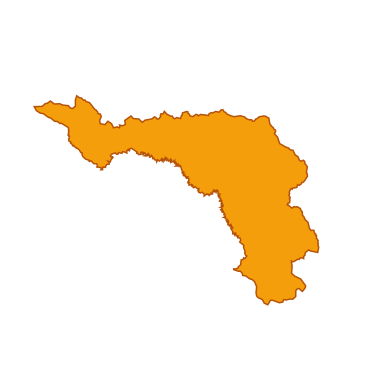 the district of Moyobamba, San Martín, Peru, rotated 339°
{"feature_id": "86281439B55224927366475", "entity_name": "Moyobamba", "entity_type": "district", "adm_level": 2, "iso_a3": "PER", "parent_name": "Peru", "parent_adm1": "San Martín", "projection": "natural_earth1", "projection_center": [-77.231, -5.91], "detail": "fine", "context": "isolated", "style": "filled", "palette": "amber", "viewbox_px": 384, "rotation_deg": 339, "n_neighbors": 0, "source": "geoboundaries", "source_scale": "gbopen_adm2", "svg_char_len": 6088}
<svg xmlns="http://www.w3.org/2000/svg" viewBox="0 0 384 384"><g transform="rotate(339 192 192)"><path d="M273.9,147.6L273.5,145.8L271.5,145.2L269.0,143.0L268.2,141.0L264.6,138.2L258.3,136.8L255.6,134.8L252.3,131.4L252.0,129.8L250.7,128.6L250.3,126.2L248.5,125.8L246.0,127.2L242.9,125.3L239.5,125.6L238.6,124.8L236.2,125.0L234.8,126.4L227.8,122.7L225.2,123.2L224.8,121.9L223.6,121.0L219.6,121.9L217.3,120.0L217.5,118.5L216.5,117.3L216.9,115.7L216.0,115.0L211.5,114.7L210.4,116.7L209.6,116.8L207.6,119.3L204.5,117.1L202.1,117.4L201.1,116.3L200.8,114.1L199.6,113.8L196.5,110.5L195.1,106.8L193.0,108.7L191.0,107.9L190.0,108.9L189.9,110.2L187.2,111.8L185.6,111.5L184.9,109.3L183.9,108.4L180.8,109.4L173.9,108.1L170.6,109.2L168.5,104.8L164.1,102.7L163.2,101.7L162.4,99.2L154.9,101.1L154.1,104.7L153.4,105.3L150.8,105.2L148.4,103.5L148.2,105.1L147.1,106.0L145.6,104.4L141.7,103.9L141.4,99.5L138.9,95.8L134.8,97.9L130.8,95.3L131.4,92.2L134.4,88.9L134.3,86.3L132.4,85.2L132.6,83.6L131.7,80.8L130.9,80.1L128.3,71.7L125.6,69.7L125.1,67.8L123.8,67.6L122.3,64.5L120.7,63.7L118.9,60.9L116.1,64.3L113.9,70.1L110.4,71.3L108.5,69.9L107.5,67.1L102.6,64.6L100.0,62.1L95.1,60.6L92.4,56.3L88.8,57.3L86.7,56.9L82.8,58.4L75.3,55.8L75.9,60.3L78.4,63.8L81.3,65.6L84.8,71.0L86.3,71.9L89.1,76.7L91.6,78.0L93.3,80.8L94.6,80.9L99.4,87.2L99.6,88.4L98.6,90.6L99.0,91.2L97.4,93.1L97.6,94.6L96.7,94.6L97.3,96.7L95.8,98.5L95.4,100.5L96.8,102.0L96.2,102.9L97.4,105.0L97.1,106.0L98.4,106.4L98.3,107.4L99.6,108.7L99.7,109.8L100.6,110.1L101.9,112.4L102.3,115.3L103.5,116.2L102.8,117.5L102.8,119.6L104.4,123.1L107.3,125.6L106.9,126.1L107.3,126.8L109.0,126.8L110.4,130.3L113.2,131.5L113.3,132.7L112.2,134.7L114.2,135.5L115.8,137.1L116.0,137.7L114.9,138.6L116.6,139.1L117.4,136.9L119.6,137.6L120.3,138.5L120.0,137.5L122.4,135.7L124.7,136.3L125.2,134.7L124.7,133.2L126.6,134.6L127.8,132.9L130.6,131.4L130.4,130.6L129.3,130.4L128.8,129.1L130.4,127.9L134.2,127.9L135.1,129.7L136.5,130.1L137.5,128.8L140.4,130.8L141.5,129.5L143.6,130.6L145.1,132.3L146.0,130.1L146.8,129.7L148.4,131.1L148.9,130.5L148.4,129.4L151.1,129.4L155.0,134.9L154.2,136.0L155.4,136.7L155.5,137.9L158.0,138.6L158.4,136.7L160.2,137.1L159.6,139.4L160.3,139.5L161.1,138.1L161.7,138.2L162.6,141.1L160.8,141.2L162.2,142.0L163.7,142.2L163.8,140.7L165.2,140.5L165.1,142.8L166.0,143.4L165.1,144.3L166.0,144.5L167.3,143.4L167.8,145.8L167.4,146.7L168.5,146.7L168.6,148.5L170.1,149.4L169.8,151.2L171.6,149.7L172.6,151.4L174.3,150.9L175.8,153.3L176.2,152.2L175.4,150.8L175.7,149.9L177.3,151.3L177.6,152.5L179.5,150.1L180.5,151.3L179.2,151.9L179.3,153.4L181.1,152.9L181.0,154.6L182.6,154.3L182.7,155.9L184.0,153.8L184.4,154.7L183.1,156.3L183.4,156.8L186.8,156.4L185.7,157.4L186.3,159.2L187.4,158.2L187.9,160.1L186.8,159.9L187.5,161.5L186.1,161.9L188.8,162.8L188.7,161.6L189.2,161.3L189.2,163.6L190.6,163.3L190.3,169.0L191.5,171.0L190.8,171.2L189.4,170.0L190.4,172.1L189.8,173.5L190.4,174.1L191.5,173.4L191.4,175.7L193.0,176.2L191.7,176.6L191.7,177.2L193.3,177.6L193.8,178.6L193.1,180.2L192.1,180.8L192.8,182.0L191.5,182.0L192.1,183.7L191.7,184.6L194.2,184.7L195.1,186.0L194.6,186.3L194.0,185.6L193.8,186.2L195.2,188.7L196.7,188.0L198.3,190.9L199.6,191.3L198.8,192.9L198.1,192.7L198.2,194.7L199.5,195.9L201.3,195.8L202.7,198.3L201.9,200.1L205.2,199.1L205.3,199.8L206.7,200.0L206.7,202.0L207.2,200.8L208.9,200.9L209.4,199.9L210.5,201.1L211.6,198.9L213.5,200.1L213.3,198.1L214.8,199.3L214.6,200.7L216.1,199.1L216.5,200.0L215.8,200.6L216.5,201.3L215.6,202.9L216.9,203.8L216.0,203.8L214.6,205.4L215.7,204.8L216.5,205.6L216.3,206.1L215.4,205.9L215.2,206.8L216.5,208.7L214.4,210.4L214.8,210.7L216.1,209.9L216.7,211.0L216.1,211.6L216.2,213.2L215.8,213.3L215.7,212.4L215.2,213.3L216.1,213.7L216.1,215.5L214.7,214.7L214.3,215.8L215.1,216.6L213.5,216.6L214.4,217.1L213.9,217.7L214.1,218.8L212.5,218.7L212.8,220.0L213.5,219.3L214.0,220.2L213.3,221.3L214.7,221.2L213.5,221.9L214.7,223.5L213.6,224.6L214.5,225.0L214.4,226.6L212.8,227.0L214.1,227.4L213.5,228.7L214.9,230.0L214.5,231.3L215.6,231.6L215.3,233.2L213.9,231.8L214.3,234.5L213.8,235.4L214.7,235.6L214.6,236.7L215.7,238.1L215.9,236.4L216.7,236.2L216.6,239.0L217.3,239.7L217.1,240.3L215.2,239.8L215.8,243.4L215.1,245.6L216.1,245.6L216.4,247.3L217.3,245.7L218.0,246.0L217.7,248.7L219.3,249.6L218.3,250.3L218.3,251.1L220.4,252.3L220.3,254.3L218.6,255.9L221.3,260.3L220.3,262.1L220.2,267.0L219.3,267.7L219.4,270.3L220.2,271.4L217.6,273.1L216.5,272.0L215.5,273.3L213.5,273.1L211.4,277.3L208.3,278.5L207.7,279.5L204.9,279.5L203.4,278.6L203.2,279.5L207.0,282.7L208.6,283.1L209.8,285.6L209.4,288.1L212.0,289.5L214.8,293.8L216.8,295.3L218.3,298.2L218.4,303.6L215.7,309.0L215.1,312.3L215.9,314.4L219.2,317.7L219.6,321.6L222.3,324.4L226.5,321.2L228.5,322.0L233.9,326.7L237.2,327.3L239.0,325.3L241.3,326.6L244.5,326.9L247.8,328.2L251.4,326.7L253.6,321.2L255.9,320.1L257.4,320.6L259.3,324.3L260.6,323.8L263.5,321.9L264.5,320.3L262.3,312.2L257.7,307.3L255.8,303.6L258.8,297.3L260.0,292.2L260.7,293.1L262.2,293.4L266.7,292.7L267.8,293.4L269.4,292.4L271.0,292.8L272.4,294.2L273.1,292.2L274.8,291.5L276.0,289.2L280.3,287.9L281.2,289.3L287.7,293.5L290.4,289.2L290.8,286.2L291.4,285.5L291.2,284.4L292.4,282.5L291.6,279.4L292.6,277.4L292.0,276.6L292.5,275.7L291.7,274.9L292.0,271.3L289.2,270.5L288.6,267.8L289.4,262.0L287.4,257.6L287.8,256.3L286.9,253.1L287.8,249.9L287.2,248.4L287.2,246.2L284.8,243.3L283.8,243.4L282.1,242.2L279.4,242.8L277.3,238.8L276.3,238.2L277.6,236.8L279.2,237.0L280.6,234.6L280.4,233.4L281.7,232.5L281.2,229.9L282.6,228.4L282.7,227.0L285.0,224.6L286.1,224.4L286.4,225.3L287.4,224.5L291.5,225.3L293.2,223.0L294.3,224.2L296.3,223.9L298.0,222.5L298.9,222.8L300.9,222.0L305.4,218.7L306.1,216.2L305.8,214.8L308.7,209.7L307.6,205.6L308.2,203.8L307.2,202.2L305.0,202.4L304.2,201.9L303.6,200.3L303.6,197.0L301.6,194.3L301.2,189.1L299.0,188.1L297.9,185.5L295.7,183.7L291.2,178.2L291.5,171.4L289.8,167.0L291.5,165.8L292.2,164.2L290.9,162.6L290.9,160.9L289.9,159.3L289.1,156.1L290.2,150.6L287.7,147.5L285.7,146.6L281.5,145.9L279.0,146.9L277.7,146.7L275.4,148.2L273.9,147.6Z" fill="#f59e0b" stroke="#b45309" stroke-width="1.5"/></g></svg>